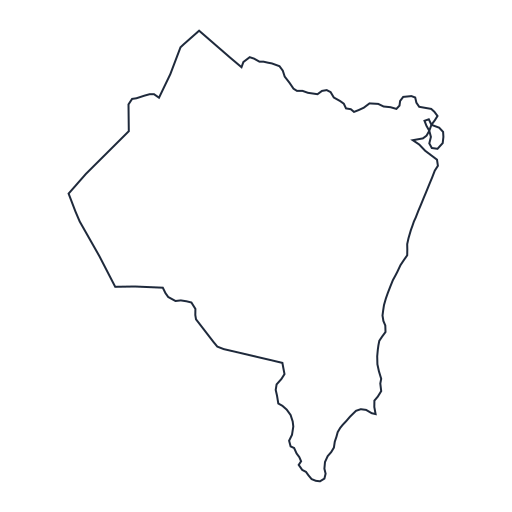 outline of Ipojuca, Pernambuco, Brazil
{"feature_id": "56859067B31320114840690", "entity_name": "Ipojuca", "entity_type": "district", "adm_level": 2, "iso_a3": "BRA", "parent_name": "Brazil", "parent_adm1": "Pernambuco", "projection": "robinson", "projection_center": [-35.046, -8.459], "detail": "fine", "context": "isolated", "style": "outline", "palette": "slate", "viewbox_px": 512, "rotation_deg": 0, "n_neighbors": 0, "source": "geoboundaries", "source_scale": "gbopen_adm2", "svg_char_len": 2403}
<svg xmlns="http://www.w3.org/2000/svg" viewBox="0 0 512 512"><path d="M199.1,30.7L183.8,44.2L180.5,47.3L170.3,74.2L159.0,97.7L154.0,94.2L149.7,94.2L144.6,95.6L136.3,98.3L132.1,98.9L128.5,104.4L128.8,131.2L85.9,173.9L68.6,193.6L75.4,211.4L79.7,221.5L99.4,256.2L115.2,286.8L134.8,286.5L162.8,287.7L165.5,293.2L168.2,297.0L175.5,301.0L180.8,300.4L186.6,301.3L191.4,302.5L195.4,308.9L195.3,315.0L196.0,319.3L213.5,342.0L217.3,346.6L223.7,349.1L228.9,350.3L264.7,358.7L270.3,360.0L282.4,362.9L283.2,367.3L284.5,374.1L281.4,379.0L276.6,384.4L275.7,389.9L277.0,395.6L278.3,403.5L282.4,405.8L286.7,409.6L290.6,415.0L292.7,421.5L293.3,426.5L292.0,434.8L289.1,440.7L290.6,446.4L294.1,448.0L296.6,453.5L299.3,457.1L301.1,461.3L298.7,464.9L302.2,469.9L306.0,471.9L308.5,475.4L311.6,479.1L315.8,480.8L320.0,481.3L324.4,478.6L325.6,473.7L324.4,468.7L325.0,462.0L327.7,456.1L331.2,452.1L333.9,447.6L334.8,441.6L336.4,436.9L337.7,432.1L340.2,427.9L342.8,424.7L346.3,421.0L350.0,416.7L356.0,410.8L360.8,409.2L366.1,409.9L371.7,413.2L375.6,414.1L374.3,407.0L374.4,400.6L377.8,396.6L381.2,391.1L380.3,383.5L381.2,378.8L378.9,371.2L377.4,364.3L377.2,356.3L377.8,349.8L378.4,345.4L379.3,340.8L382.1,336.6L385.5,332.0L385.3,325.5L383.4,321.0L382.5,315.5L383.2,310.2L384.0,305.0L385.9,298.4L387.8,293.0L390.4,286.3L392.9,280.1L395.1,276.1L397.2,272.1L400.5,265.1L403.9,260.0L407.2,255.3L407.3,249.5L407.2,244.1L408.5,238.2L410.9,230.0L412.4,225.9L413.9,221.5L415.7,217.6L418.3,210.9L420.8,205.0L423.7,197.9L425.8,192.9L429.8,183.1L432.1,177.6L434.8,170.6L437.9,165.8L437.0,159.7L425.2,150.8L419.2,144.5L412.8,140.2L422.9,138.4L426.5,135.7L429.3,130.8L426.4,125.7L424.5,120.8L428.8,119.3L431.4,124.8L434.8,120.3L437.5,116.0L434.4,111.8L431.2,108.9L426.0,108.0L419.2,106.8L416.4,102.7L415.2,97.5L411.4,96.1L403.2,96.9L400.1,101.0L399.5,105.6L396.4,108.9L390.5,107.2L383.6,106.5L378.2,103.9L369.5,103.4L363.8,107.7L358.6,110.1L354.0,111.9L350.8,109.2L346.0,108.4L343.8,103.7L340.2,101.1L333.8,97.5L330.6,92.1L326.7,90.1L322.0,90.9L317.5,94.2L307.9,92.8L302.6,90.9L297.0,90.9L293.5,88.7L289.5,82.8L284.7,76.6L282.8,70.7L279.5,66.2L271.8,63.4L268.0,62.7L263.6,61.7L259.5,61.7L254.0,58.6L249.7,57.2L243.4,62.0L241.5,67.2L229.4,57.0L199.1,30.7ZM429.3,130.8L430.9,136.9L429.3,143.4L431.8,148.0L437.5,148.8L442.7,143.1L443.4,136.9L443.1,131.9L439.2,127.7L431.4,124.8L429.3,130.8Z" fill="none" stroke="#1e293b" stroke-width="2"/></svg>